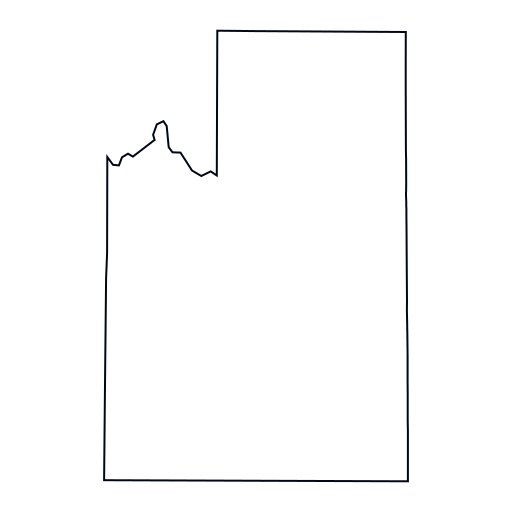 Spokane, Washington, United States of America
{"feature_id": "52423323B30314962478279", "entity_name": "Spokane", "entity_type": "district", "adm_level": 2, "iso_a3": "USA", "parent_name": "United States of America", "parent_adm1": "Washington", "projection": "orthographic", "projection_center": [-117.293, 47.654], "detail": "fine", "context": "isolated", "style": "outline", "palette": "ink", "viewbox_px": 512, "rotation_deg": 0, "n_neighbors": 0, "source": "geoboundaries", "source_scale": "gbopen_adm2", "svg_char_len": 840}
<svg xmlns="http://www.w3.org/2000/svg" viewBox="0 0 512 512"><path d="M405.8,32.0L254.8,31.1L217.3,30.7L216.8,175.5L210.7,171.4L201.3,176.0L192.0,170.5L180.5,152.6L172.5,152.3L168.7,147.2L166.7,126.1L163.4,121.2L156.8,124.4L153.1,134.8L154.6,139.9L132.9,156.6L128.0,153.7L122.0,157.3L118.9,165.4L113.0,164.8L107.3,157.0L107.1,253.2L106.1,277.7L104.9,394.9L104.1,480.2L407.9,481.3L407.9,431.0L407.7,420.3L407.7,415.2L407.7,401.4L407.7,393.8L407.6,380.9L407.6,364.7L407.6,356.4L407.3,331.0L407.2,328.0L407.2,324.9L406.9,310.5L406.9,310.3L407.0,301.4L406.8,273.1L406.6,241.9L406.6,240.9L406.6,239.0L406.5,225.8L406.4,216.5L406.4,209.3L406.4,208.9L406.2,204.2L406.3,203.7L406.0,194.7L406.0,192.4L406.1,191.4L406.2,184.5L406.1,159.5L405.9,150.0L405.7,81.8L405.7,77.2L405.7,70.9L405.8,32.0Z" fill="none" stroke="#020617" stroke-width="2"/></svg>